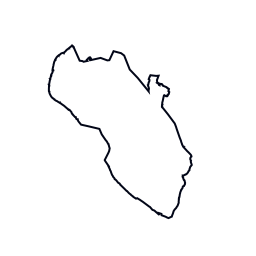 the district of Hof van Twente, Overijssel, Netherlands, rotated 243°
{"feature_id": "6326949B30942304691206", "entity_name": "Hof van Twente", "entity_type": "district", "adm_level": 2, "iso_a3": "NLD", "parent_name": "Netherlands", "parent_adm1": "Overijssel", "projection": "robinson", "projection_center": [6.584, 52.236], "detail": "fine", "context": "isolated", "style": "outline", "palette": "ink", "viewbox_px": 256, "rotation_deg": 243, "n_neighbors": 0, "source": "geoboundaries", "source_scale": "gbopen_adm2", "svg_char_len": 5495}
<svg xmlns="http://www.w3.org/2000/svg" viewBox="0 0 256 256"><g transform="rotate(243 128 128)"><path d="M152.3,87.7L147.5,93.5L140.2,102.1L134.2,101.7L127.3,102.6L125.7,103.0L122.6,103.1L122.5,103.3L119.3,102.6L118.3,102.5L116.1,100.8L114.9,99.4L110.0,92.7L108.8,92.7L102.7,93.5L102.7,93.2L99.3,93.1L98.8,92.9L97.6,93.0L96.8,92.9L95.5,92.7L93.5,92.5L92.1,92.7L91.6,92.6L91.2,92.6L90.9,92.7L90.2,92.9L89.1,93.1L88.5,92.9L88.1,93.1L87.5,93.5L86.6,93.8L84.6,94.2L83.4,94.5L82.6,95.2L81.0,95.5L80.9,95.4L75.3,97.3L72.5,98.2L72.3,98.5L69.7,99.2L68.3,99.8L67.7,100.2L67.0,100.3L65.5,101.0L65.2,101.2L64.9,101.2L64.7,101.4L64.0,101.6L61.4,103.1L61.3,104.3L58.6,106.0L56.7,107.0L55.9,107.5L48.4,111.2L47.7,111.7L44.0,112.6L42.5,114.0L41.3,114.5L41.2,114.5L37.0,116.2L37.0,116.4L37.3,116.5L38.3,116.8L36.9,118.2L36.3,118.8L35.0,118.3L34.3,119.0L31.8,121.3L30.2,122.4L29.3,123.3L29.3,124.4L29.2,126.5L29.3,126.5L29.4,127.0L29.6,127.2L30.4,128.0L31.4,129.2L33.2,130.9L34.2,132.6L34.8,134.4L35.0,134.7L35.2,135.1L35.7,135.8L36.1,136.7L36.4,137.1L37.9,138.7L38.3,139.2L38.9,139.5L39.4,139.7L40.6,140.5L41.1,140.7L41.3,141.0L41.5,141.1L41.7,141.3L42.1,141.3L42.8,141.8L43.1,142.1L43.2,142.6L43.4,142.7L44.1,143.1L44.4,143.4L45.2,143.9L46.4,145.0L46.9,145.3L47.8,146.4L48.3,146.8L48.5,147.3L48.9,147.5L49.0,147.8L49.1,148.0L49.3,148.6L49.6,149.1L50.1,149.6L50.8,150.1L51.1,150.8L50.9,151.5L51.5,152.2L51.8,153.0L52.8,153.6L53.0,153.9L53.2,154.0L53.9,154.1L54.3,154.2L55.2,154.5L55.6,154.4L56.0,154.5L56.3,154.2L56.6,154.2L57.8,154.3L58.5,154.6L59.2,154.4L59.6,154.6L59.9,154.6L60.0,154.9L60.9,155.2L60.8,155.4L60.6,155.6L60.4,156.0L60.5,156.8L60.5,157.1L60.4,157.5L60.5,157.7L60.4,158.0L60.5,158.4L60.3,158.9L60.5,159.5L60.6,159.9L60.7,160.2L60.8,160.4L61.3,161.4L62.0,162.2L62.4,163.5L62.8,163.8L63.2,163.9L64.3,165.0L64.7,165.4L65.1,165.8L66.1,168.0L66.8,168.2L68.5,168.4L69.4,168.6L69.9,169.0L70.2,169.3L70.3,169.3L71.6,169.2L72.3,169.6L72.9,169.8L73.6,170.9L73.8,171.1L73.8,171.6L74.4,171.8L75.7,171.8L78.7,170.9L81.0,170.1L81.5,170.0L85.1,169.0L86.1,168.7L86.5,168.7L86.5,168.8L86.6,168.7L88.7,168.7L88.8,168.8L91.4,169.1L92.6,169.4L96.0,169.7L105.4,171.0L107.0,171.3L110.8,171.7L122.1,169.8L129.9,168.2L130.3,168.0L130.9,168.0L131.1,167.8L131.4,167.8L131.6,167.9L132.1,168.2L131.8,168.3L132.2,168.4L132.4,168.4L133.2,169.1L133.2,169.3L133.3,169.4L133.6,169.3L134.2,169.6L134.3,169.7L134.7,169.8L135.7,170.6L136.3,171.2L138.2,172.7L140.7,174.8L140.7,175.3L140.0,175.7L139.5,176.0L139.1,176.6L138.9,176.6L138.8,177.4L138.9,177.6L139.0,177.7L138.7,177.8L139.2,178.6L140.0,179.6L139.9,179.9L140.0,180.0L140.6,180.4L141.0,180.8L141.3,181.1L142.5,180.7L143.3,181.5L143.6,181.7L144.2,182.2L145.2,181.6L145.2,181.4L145.7,181.2L145.7,181.4L146.1,181.2L147.1,180.7L148.0,179.9L149.8,178.3L150.9,178.4L151.2,178.3L151.7,178.1L151.7,177.8L152.1,177.7L152.3,177.4L152.2,177.4L152.2,177.1L152.3,176.9L152.5,176.6L152.5,176.3L152.6,176.0L152.4,175.8L151.8,175.5L152.2,175.2L152.7,175.5L152.9,175.5L153.1,175.3L154.1,175.6L154.4,175.3L155.0,174.9L154.8,174.5L155.0,174.4L155.0,174.5L155.3,174.8L155.9,175.0L156.4,175.1L157.5,175.5L160.7,179.0L161.6,176.8L164.8,172.0L164.2,171.2L164.3,171.2L163.8,170.5L162.1,168.6L161.3,169.0L160.8,168.8L160.3,168.5L159.8,168.0L159.6,167.7L159.4,167.3L158.9,167.0L158.7,166.6L157.8,166.1L157.5,165.8L157.3,165.2L156.6,165.2L156.3,165.0L155.0,164.9L153.7,164.6L153.3,164.4L153.2,164.3L153.3,164.2L152.6,163.8L152.6,163.7L152.2,163.4L151.9,163.2L151.3,163.0L168.2,159.4L179.3,156.1L194.3,157.5L197.8,155.8L203.0,150.0L196.9,142.2L197.6,140.3L202.9,135.4L205.3,126.0L205.4,125.9L205.4,125.7L205.8,124.2L205.9,124.7L206.1,125.1L206.8,125.6L206.6,126.0L206.6,126.3L206.7,126.5L207.2,126.5L208.0,126.4L208.1,125.8L208.4,125.6L208.2,125.2L207.9,124.8L208.2,124.4L208.1,124.1L207.8,123.6L207.5,122.2L207.4,122.1L206.2,122.3L207.2,118.5L208.3,117.8L208.5,117.5L209.9,115.5L222.1,116.1L223.2,116.2L224.0,116.1L224.3,116.3L224.4,116.1L225.2,116.2L225.9,116.1L226.8,115.7L226.4,115.2L226.7,115.0L226.0,111.8L225.7,111.7L225.9,111.4L225.6,110.0L225.5,109.9L225.6,109.6L225.4,108.8L225.2,108.1L224.7,107.1L224.6,106.7L224.5,106.1L224.4,105.7L223.8,104.9L224.3,104.8L224.7,103.3L224.6,102.7L224.2,102.5L224.3,102.5L224.7,101.8L224.5,101.5L224.2,100.1L224.3,99.6L224.2,99.5L224.3,99.5L224.2,99.5L224.1,98.7L223.9,97.8L223.4,96.5L223.3,96.4L222.5,95.0L222.1,94.5L222.0,94.1L221.7,93.9L221.4,94.1L220.9,92.8L220.3,92.2L218.2,90.4L217.8,90.1L217.7,90.0L217.8,90.0L217.5,89.9L216.7,89.2L215.0,87.8L214.6,87.6L213.9,87.7L213.8,87.1L213.1,87.3L213.1,86.8L213.1,86.7L212.2,86.3L212.0,86.1L211.3,85.3L210.8,84.3L210.6,84.2L210.5,83.9L210.1,83.5L210.0,83.4L209.7,83.2L209.4,83.3L209.3,83.0L209.1,82.8L208.8,82.8L208.6,82.4L208.4,82.1L207.8,81.6L206.9,81.0L207.0,80.8L206.9,80.8L206.8,80.7L205.8,79.9L202.8,77.6L202.7,77.5L202.3,77.4L202.4,77.2L202.1,77.2L201.5,76.8L201.3,76.8L201.3,76.7L199.2,75.5L199.0,75.4L198.6,75.2L197.5,74.6L196.9,74.4L196.4,74.5L196.3,74.2L196.0,74.2L194.2,73.8L193.1,73.8L191.9,73.8L190.6,73.9L189.4,74.2L188.7,74.5L188.3,74.7L188.2,74.9L187.2,75.2L187.0,75.4L186.8,75.3L185.4,76.0L184.2,76.9L184.0,77.1L182.8,77.7L181.8,78.4L181.7,78.4L181.2,78.7L181.3,78.9L181.2,78.9L178.9,80.0L176.9,81.1L172.9,82.7L172.8,82.8L172.7,82.8L172.3,82.9L172.2,83.1L171.1,83.3L170.8,84.1L167.8,84.8L166.9,84.6L164.9,85.0L164.9,84.9L161.8,85.8L161.4,86.4L160.9,86.2L160.0,86.2L159.8,86.1L159.2,86.2L158.6,87.2L157.9,86.9L156.5,86.8L152.3,87.7Z" fill="none" stroke="#020617" stroke-width="2"/></g></svg>